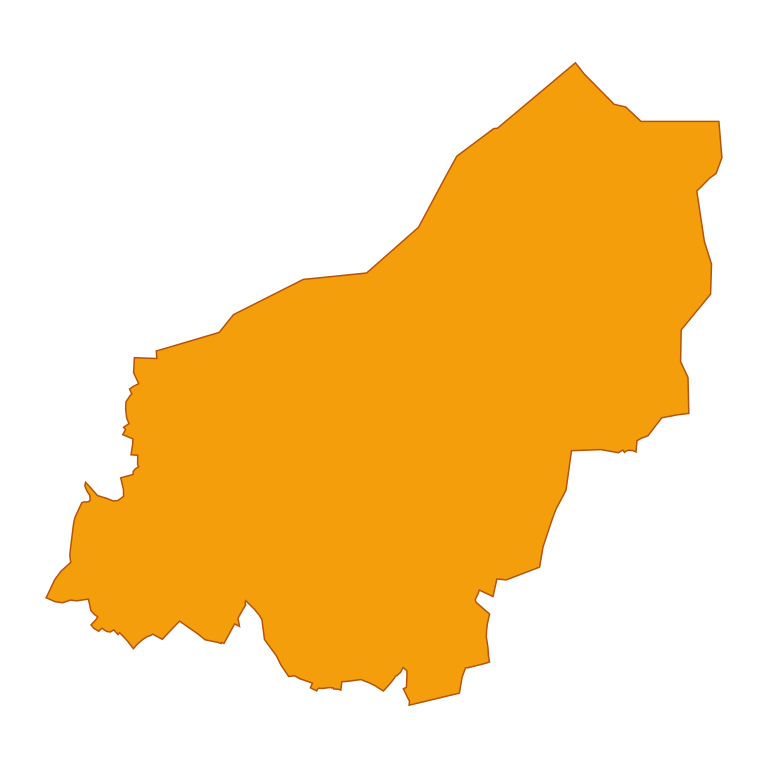 Oyi, Anambra, Nigeria
{"feature_id": "59680162B91981903970684", "entity_name": "Oyi", "entity_type": "district", "adm_level": 2, "iso_a3": "NGA", "parent_name": "Nigeria", "parent_adm1": "Anambra", "projection": "natural_earth1", "projection_center": [6.865, 6.226], "detail": "fine", "context": "isolated", "style": "filled", "palette": "amber", "viewbox_px": 768, "rotation_deg": 0, "n_neighbors": 0, "source": "geoboundaries", "source_scale": "gbopen_adm2", "svg_char_len": 2737}
<svg xmlns="http://www.w3.org/2000/svg" viewBox="0 0 768 768"><path d="M85.6,482.3L84.8,485.8L86.8,490.8L89.8,495.5L90.2,500.2L88.4,501.8L83.8,502.0L81.8,502.7L75.0,517.3L73.6,523.4L70.5,548.3L69.8,555.0L70.7,562.4L60.9,571.3L54.6,579.8L48.3,593.3L46.1,597.7L54.9,601.6L62.6,602.8L70.4,600.1L76.8,600.8L88.4,599.1L90.9,610.6L94.1,614.1L97.7,616.9L95.9,619.7L93.8,622.0L91.0,624.8L93.8,628.3L98.7,631.2L102.0,628.2L104.8,630.3L106.9,631.5L110.4,632.0L113.7,629.9L118.0,634.5L119.6,632.7L123.9,637.1L127.5,641.0L133.4,648.7L137.5,644.0L142.4,639.8L146.5,637.0L151.4,635.1L152.7,634.1L162.3,639.3L173.2,627.7L179.6,621.1L198.5,634.4L205.1,639.8L217.8,642.4L221.2,643.5L221.8,642.5L223.8,643.4L224.2,643.2L224.4,642.7L234.6,623.9L239.5,626.4L238.3,620.0L237.9,618.5L242.1,610.8L245.7,605.0L245.1,602.8L245.7,600.7L254.4,609.2L259.5,615.5L261.9,619.5L264.5,639.5L276.3,655.7L281.0,665.1L288.7,676.5L294.6,675.8L298.0,677.7L299.9,678.8L302.0,679.5L303.8,680.1L306.3,681.0L312.4,683.1L310.4,687.8L312.4,688.8L316.7,690.9L317.5,689.4L317.9,688.6L318.3,688.3L318.9,688.2L322.6,688.5L326.0,688.0L328.4,687.7L330.6,687.5L331.3,687.9L333.2,687.8L333.6,689.0L336.8,689.2L339.3,689.4L340.8,690.1L341.1,687.9L341.8,681.7L346.1,681.5L352.5,680.7L356.4,680.1L361.2,679.6L369.3,682.9L375.3,685.8L379.3,688.5L383.4,691.0L389.9,683.8L393.5,679.3L395.7,676.0L396.7,675.7L400.5,672.4L403.1,667.5L406.8,670.7L407.0,674.2L406.4,687.4L403.3,688.7L407.5,697.3L409.5,701.2L409.1,705.2L459.4,693.1L462.1,677.2L465.5,667.9L468.1,667.7L485.6,663.3L489.5,662.0L488.4,655.4L488.0,647.9L486.3,636.7L486.6,630.5L487.4,623.7L489.6,614.1L476.0,602.2L475.2,599.9L476.7,596.4L478.1,593.8L479.3,590.1L493.0,596.5L496.9,579.0L506.1,579.9L539.6,567.1L543.0,547.1L552.8,517.5L555.9,509.4L566.0,490.2L571.5,450.7L600.8,449.6L618.5,452.7L622.8,450.0L624.5,452.4L626.1,451.0L628.4,450.3L632.6,450.5L636.0,452.0L637.0,440.7L641.3,438.3L647.9,435.8L661.8,417.8L676.4,415.0L688.8,413.4L688.0,377.5L680.6,361.6L681.2,329.9L710.6,294.1L711.5,264.1L704.4,241.6L696.8,191.0L702.1,185.9L709.3,178.4L716.1,173.4L721.9,157.8L718.9,121.4L641.0,121.4L625.7,107.0L614.1,104.3L584.1,73.9L575.4,62.8L497.5,128.2L493.7,128.6L456.8,156.2L444.7,178.3L418.5,227.3L366.6,273.0L303.3,279.4L233.5,314.6L219.2,332.4L204.7,336.7L156.3,351.0L156.8,358.5L134.4,357.7L133.7,370.8L133.5,372.4L138.7,383.7L133.6,386.2L129.5,389.0L131.8,394.1L130.1,395.6L126.0,401.8L125.6,408.9L126.7,418.2L129.0,423.6L123.5,427.3L125.6,429.5L122.7,434.6L132.9,438.9L132.6,444.8L131.0,454.8L137.7,455.3L137.6,464.8L138.7,466.8L135.5,468.7L133.2,471.4L133.0,474.5L120.7,477.8L123.5,489.7L123.5,496.4L117.6,500.7L113.1,500.9L107.6,498.7L97.4,495.5L91.7,488.9L85.6,482.3Z" fill="#f59e0b" stroke="#b45309" stroke-width="1.5"/></svg>